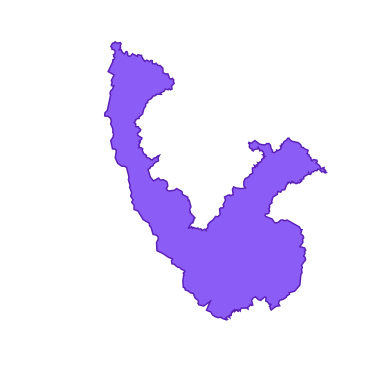 Chone, Manabi, Ecuador (Mercator projection), rotated 297°
{"feature_id": "8360857B73185000874563", "entity_name": "Chone", "entity_type": "district", "adm_level": 2, "iso_a3": "ECU", "parent_name": "Ecuador", "parent_adm1": "Manabi", "projection": "mercator", "projection_center": [-79.895, -0.383], "detail": "fine", "context": "isolated", "style": "filled", "palette": "violet", "viewbox_px": 384, "rotation_deg": 297, "n_neighbors": 0, "source": "geoboundaries", "source_scale": "gbopen_adm2", "svg_char_len": 6082}
<svg xmlns="http://www.w3.org/2000/svg" viewBox="0 0 384 384"><g transform="rotate(297 192 192)"><path d="M193.3,317.7L192.3,312.9L197.3,313.7L200.1,312.0L202.0,312.3L203.3,311.0L204.3,307.7L208.3,307.1L207.8,306.2L209.6,303.6L210.2,289.5L208.3,287.6L208.4,285.7L207.1,283.7L204.7,283.0L202.3,280.8L202.6,278.5L204.3,275.9L203.7,268.9L204.3,267.7L206.0,267.6L206.8,269.3L208.2,270.1L209.2,269.5L210.2,269.9L212.0,267.8L212.3,268.3L213.8,268.1L215.6,266.8L218.7,268.2L218.9,267.5L224.2,266.3L228.6,269.1L231.4,268.1L232.1,271.1L234.8,271.4L236.1,273.6L241.6,273.0L243.4,273.7L244.1,273.0L245.0,274.4L244.4,276.0L246.8,276.4L247.0,277.2L246.1,277.9L246.8,278.5L246.7,281.0L248.1,282.3L248.8,282.1L249.0,283.7L250.9,284.4L251.7,283.3L252.0,284.6L253.1,284.2L254.5,285.5L256.3,284.7L260.5,287.4L262.2,287.1L261.1,288.4L261.5,289.7L264.4,289.8L265.0,290.8L266.9,291.7L267.7,293.6L269.5,293.7L270.0,295.5L268.7,298.4L269.8,299.7L269.4,301.9L270.4,302.9L270.8,301.7L271.8,301.3L272.1,299.0L273.7,298.6L271.4,296.2L273.5,293.5L274.2,289.4L275.9,289.8L277.0,288.8L276.0,285.4L274.3,284.8L274.3,284.0L276.4,282.4L276.9,280.3L278.2,279.4L278.4,277.2L281.9,276.5L281.6,272.5L282.2,271.1L281.6,269.2L283.4,267.5L284.2,264.3L282.6,258.1L282.8,256.1L284.0,254.0L283.3,252.9L281.3,252.7L278.6,251.1L275.9,251.1L275.2,250.0L273.5,251.1L273.1,249.9L271.1,251.7L268.1,250.0L267.8,248.3L266.8,248.8L264.6,247.5L264.0,245.5L265.7,244.7L266.3,243.0L269.4,240.5L270.1,238.5L269.3,236.9L266.9,235.4L265.3,230.7L266.4,224.7L262.4,222.6L262.0,220.2L261.0,220.4L260.8,221.6L258.1,222.6L257.3,224.3L257.6,226.1L256.3,226.7L256.4,227.9L257.3,227.8L259.1,229.2L260.1,230.9L261.9,230.6L259.5,233.9L260.6,234.4L260.1,237.2L258.2,239.1L257.3,238.2L256.9,240.9L255.6,239.7L254.8,240.8L252.9,239.3L250.8,239.9L249.7,239.6L249.4,238.7L248.4,238.7L248.0,237.2L247.2,238.3L245.4,237.3L244.6,238.2L244.1,235.4L242.6,237.2L240.8,234.9L236.2,237.5L233.8,235.8L231.4,235.8L227.9,233.3L224.8,233.5L221.1,235.4L220.0,237.9L217.6,234.8L215.5,229.3L215.5,226.8L212.6,226.9L208.4,229.9L206.2,228.0L206.6,227.0L205.3,225.4L202.2,223.3L200.0,225.6L194.8,225.5L193.9,226.8L191.7,226.5L191.0,224.9L189.5,224.2L184.6,227.3L181.6,226.2L181.0,224.1L176.5,223.4L173.0,221.6L170.2,221.0L167.7,222.2L164.9,221.5L164.2,222.0L164.6,220.3L162.2,218.3L163.2,216.7L161.8,214.8L162.6,213.5L161.4,212.6L161.1,209.2L159.8,208.8L160.9,207.4L159.0,206.4L158.4,205.2L163.9,205.5L165.1,206.9L165.9,206.2L167.3,206.6L168.0,205.8L170.2,206.4L172.9,199.5L173.6,199.6L175.2,197.8L178.3,197.8L183.3,193.2L182.7,192.6L185.4,190.6L185.5,184.7L187.9,182.8L188.1,176.7L185.6,175.6L182.3,170.8L182.2,169.7L183.5,167.6L186.4,167.7L188.2,166.4L189.8,164.7L190.0,161.0L188.2,158.4L189.3,155.9L184.4,152.7L186.4,148.1L192.2,142.5L193.8,143.8L195.4,143.5L197.7,145.3L199.3,145.0L202.0,146.0L204.5,148.0L207.2,146.3L209.9,146.3L208.0,144.7L206.7,144.7L204.7,142.5L202.7,142.3L202.1,140.6L202.7,139.2L202.3,136.3L202.8,135.0L203.9,134.8L204.4,131.2L206.8,128.6L208.1,128.5L208.3,126.8L207.3,124.3L209.3,124.3L209.7,123.0L212.4,123.3L212.7,122.5L213.5,122.8L213.5,121.9L216.0,123.1L217.4,122.9L217.8,118.1L219.5,116.8L222.6,118.2L224.4,117.9L224.9,115.6L225.8,114.7L224.7,112.3L227.3,110.8L227.6,109.0L230.0,109.4L230.5,108.9L232.6,110.0L233.5,111.5L234.7,110.7L239.1,112.5L244.3,111.3L247.4,111.7L249.7,110.7L251.6,111.9L252.4,111.2L254.2,111.4L256.8,113.4L259.6,113.7L261.5,115.8L263.1,116.0L265.1,120.3L265.9,118.9L269.3,121.4L271.5,121.4L272.4,124.5L273.6,124.8L273.3,126.4L274.6,127.5L277.3,125.7L280.6,126.8L282.6,124.9L283.5,124.9L284.4,122.9L283.3,122.4L282.8,120.7L286.4,116.8L285.3,115.4L285.1,112.1L289.2,109.7L290.2,106.2L289.4,104.4L290.4,101.5L289.3,101.1L288.5,98.5L291.0,96.9L290.6,95.7L288.9,94.8L289.0,91.9L286.9,90.6L289.5,86.0L290.8,85.1L289.7,81.4L288.1,81.8L288.1,76.2L285.1,75.5L284.3,73.7L284.7,72.4L286.2,71.9L287.5,70.3L287.3,69.6L284.2,69.1L284.8,66.5L286.8,64.0L285.7,62.6L288.5,62.7L289.9,61.6L291.7,61.6L292.6,60.4L290.5,57.4L290.9,55.3L289.3,54.8L288.5,53.6L284.6,53.7L284.4,55.0L282.9,55.8L283.3,58.2L282.5,59.6L280.2,60.6L278.7,59.6L278.0,60.7L277.1,60.7L276.7,62.1L275.0,62.3L273.6,61.4L272.1,62.3L261.2,62.6L261.0,69.4L254.7,69.5L253.6,71.0L250.5,71.6L250.2,72.5L251.1,74.2L247.0,74.4L245.3,73.6L242.5,74.2L241.3,75.5L226.4,79.5L223.1,78.5L220.6,79.4L220.1,80.1L221.4,82.8L220.6,86.0L218.9,87.8L215.7,88.6L212.4,92.8L209.2,94.4L207.8,96.0L204.9,96.7L200.8,96.3L194.3,101.6L195.4,104.2L194.3,105.9L187.6,108.1L183.8,112.8L183.1,117.7L184.3,120.0L184.2,122.5L176.7,129.1L174.1,129.7L169.7,133.9L168.1,134.1L163.9,138.6L160.4,139.2L158.3,143.0L155.5,142.9L154.0,146.3L150.1,148.3L150.6,152.4L145.2,161.1L144.8,168.1L142.5,169.6L142.0,171.4L136.5,176.7L137.4,179.1L136.9,181.9L134.6,183.4L130.9,183.3L123.8,187.4L124.0,194.0L123.1,200.9L123.6,204.7L123.2,205.2L121.7,204.8L118.9,206.7L119.6,208.7L118.5,213.2L119.1,215.6L118.4,217.3L118.5,221.2L117.6,221.8L115.7,221.0L114.7,222.7L114.0,222.4L109.1,224.0L103.1,227.5L103.4,228.8L101.7,230.5L102.1,234.0L101.5,236.6L102.2,239.1L98.9,243.0L98.2,246.7L96.3,248.1L95.6,247.8L94.6,249.3L95.7,254.2L103.0,257.9L93.2,258.6L93.7,263.3L91.9,265.9L91.4,269.2L92.0,272.5L93.8,275.1L93.1,276.1L93.8,281.0L94.7,281.4L94.7,279.7L95.5,279.3L97.5,280.8L97.2,282.6L98.4,281.4L98.8,282.1L99.6,281.8L99.9,282.9L102.6,281.7L103.0,282.5L104.4,282.3L104.5,283.7L105.3,283.1L105.4,284.3L106.6,283.6L106.6,285.0L107.6,285.6L106.8,286.4L107.6,286.6L107.1,287.4L108.2,287.5L107.9,289.0L109.7,288.4L111.0,288.9L113.4,293.3L113.2,295.0L114.7,294.0L116.4,294.9L118.3,294.9L118.0,296.7L118.8,297.5L122.7,294.2L125.4,294.6L127.4,296.2L126.2,300.0L126.6,302.4L131.5,304.5L131.6,305.9L128.3,307.3L128.3,309.6L127.1,311.5L127.7,313.3L125.4,312.9L124.8,314.1L123.7,314.7L122.8,316.1L128.1,318.6L130.5,321.8L132.2,319.4L135.6,319.4L137.4,321.7L141.2,323.9L142.5,323.5L145.2,325.3L146.4,324.2L150.1,328.4L157.9,330.4L168.1,326.4L169.9,326.7L172.7,324.8L174.9,324.5L176.6,322.8L183.2,324.0L185.3,322.1L185.5,320.6L188.7,320.5L190.1,319.2L191.6,319.8L193.3,317.7Z" fill="#8b5cf6" stroke="#5b21b6" stroke-width="1.5"/></g></svg>